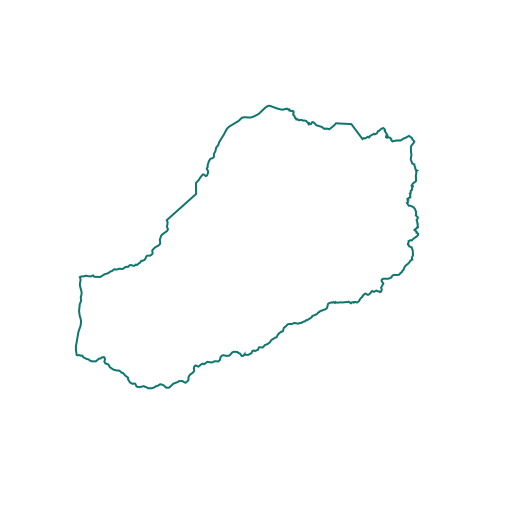 the district of Guro, Manica, Mozambique, rotated 219°
{"feature_id": "85939544B86319968156717", "entity_name": "Guro", "entity_type": "district", "adm_level": 2, "iso_a3": "MOZ", "parent_name": "Mozambique", "parent_adm1": "Manica", "projection": "natural_earth1", "projection_center": [33.489, -16.954], "detail": "fine", "context": "isolated", "style": "outline", "palette": "teal", "viewbox_px": 512, "rotation_deg": 219, "n_neighbors": 0, "source": "geoboundaries", "source_scale": "gbopen_adm2", "svg_char_len": 6104}
<svg xmlns="http://www.w3.org/2000/svg" viewBox="0 0 512 512"><g transform="rotate(219 256 256)"><path d="M209.0,445.8L212.7,445.6L214.3,441.6L215.1,440.5L216.3,436.8L217.0,436.1L217.6,436.0L218.3,434.9L219.2,434.6L222.1,430.9L223.9,431.2L224.3,432.0L226.3,432.3L227.9,431.3L228.4,431.6L228.6,430.4L229.6,430.1L230.3,431.0L230.3,432.7L234.8,434.3L234.8,434.9L235.4,435.4L237.5,435.6L238.7,433.7L239.2,430.3L239.8,429.6L239.2,427.7L240.2,425.3L241.2,425.2L243.0,420.8L242.7,420.2L242.8,419.2L244.2,418.9L245.0,416.4L245.9,415.5L246.5,415.3L246.8,413.9L264.9,418.5L277.3,409.5L277.6,405.7L278.8,400.6L280.4,400.1L281.1,399.3L282.0,399.0L282.8,397.8L286.2,397.7L291.4,395.6L295.0,396.1L296.1,395.8L296.6,395.1L296.3,393.4L297.8,391.4L298.5,391.8L298.7,392.6L299.9,392.1L302.0,392.5L303.8,391.7L304.6,390.8L306.4,390.4L308.1,388.5L309.3,388.5L309.8,387.9L310.4,388.1L310.8,387.5L312.0,388.1L312.6,387.9L314.2,389.0L316.0,389.2L316.4,390.1L317.0,390.4L317.3,391.6L318.7,392.0L320.5,390.4L321.4,390.6L321.8,390.1L322.7,390.8L323.3,390.2L324.7,390.0L324.8,389.3L325.8,388.7L326.9,386.9L328.5,385.7L332.5,383.9L339.8,381.4L341.1,380.2L342.1,377.4L343.3,368.1L345.5,363.0L347.5,360.0L352.5,356.4L354.0,354.5L354.5,350.1L358.1,340.2L358.6,337.6L358.6,336.2L357.5,330.7L356.3,321.5L355.1,318.2L355.2,315.3L353.5,311.8L352.9,308.7L351.4,307.0L351.0,306.0L351.3,304.8L352.5,303.0L352.5,301.6L352.2,299.9L350.8,296.3L349.5,294.7L349.4,293.2L349.1,292.7L347.7,292.3L346.1,291.3L344.9,288.5L344.9,287.2L345.4,286.5L347.8,286.5L348.4,286.2L348.7,285.4L348.7,281.7L348.3,279.5L348.6,274.9L341.6,266.5L347.9,227.7L345.8,226.5L343.5,222.6L341.6,221.6L341.0,220.8L340.9,219.3L342.5,213.4L342.4,212.0L341.0,208.1L338.7,205.9L338.2,204.9L338.3,202.9L339.8,199.4L340.2,195.8L339.9,194.7L338.4,193.5L337.8,192.3L338.4,189.8L340.8,187.7L341.0,186.6L340.2,184.1L340.3,182.5L341.2,180.8L342.1,180.1L341.9,177.8L342.4,176.7L342.7,174.5L342.9,174.1L343.9,173.8L344.3,172.0L344.9,171.3L346.9,170.6L348.1,169.7L348.4,169.0L348.6,167.0L349.9,166.1L350.8,164.6L351.0,163.0L352.2,161.3L353.9,160.5L355.9,157.6L357.9,156.4L358.4,153.9L359.4,152.2L360.1,149.6L362.2,146.5L363.8,141.7L368.6,138.1L370.4,138.4L371.4,136.3L373.7,134.7L376.0,133.5L377.0,131.7L378.6,130.6L379.6,128.7L378.3,128.0L377.0,126.6L375.4,123.6L374.1,122.1L369.0,118.3L368.2,117.4L367.1,115.8L366.3,113.7L363.8,111.3L362.6,107.6L358.9,101.9L355.4,98.6L352.7,96.8L351.1,95.4L348.7,92.0L346.2,85.2L339.0,72.3L336.5,69.3L333.0,66.2L331.9,66.7L331.1,67.7L329.5,68.2L328.6,69.1L328.1,69.2L326.9,68.7L325.1,68.9L322.8,69.4L320.9,70.3L319.4,70.2L317.5,70.7L314.2,73.3L313.4,77.5L312.4,78.4L312.0,80.1L310.6,81.7L310.1,81.8L308.4,80.8L307.3,78.4L305.6,77.7L302.5,78.8L299.5,77.6L295.2,78.0L291.9,79.5L290.7,80.6L288.5,81.0L287.4,80.7L285.4,81.4L282.5,80.8L278.8,80.9L277.9,79.7L274.4,78.4L271.6,78.9L270.3,80.3L269.4,80.7L267.0,79.5L265.8,79.6L265.0,80.3L264.0,80.7L261.3,84.3L260.0,84.4L258.7,85.0L256.3,85.4L255.0,86.8L254.2,87.1L252.2,90.1L251.9,91.7L250.6,93.5L249.8,96.0L247.8,97.0L245.8,97.4L243.1,97.1L241.0,98.6L240.5,99.8L239.9,104.7L237.4,109.0L237.1,110.3L234.5,112.5L231.9,112.8L231.0,113.2L230.8,113.9L230.4,116.5L230.7,117.5L232.1,119.1L232.5,120.9L232.5,122.6L231.8,125.1L231.6,127.1L231.8,127.9L233.5,129.4L234.0,130.3L234.4,131.7L234.1,132.9L231.1,133.8L230.3,137.6L229.6,138.8L228.3,139.2L227.2,143.1L223.8,145.1L222.9,146.0L221.9,148.2L219.0,150.3L218.6,152.4L219.8,154.8L219.9,156.8L219.0,158.4L216.2,159.7L214.3,161.4L213.9,162.5L213.8,166.0L213.0,167.6L210.0,169.7L208.6,169.5L207.4,170.1L206.6,170.0L204.7,169.4L203.8,169.5L203.1,170.4L203.1,172.2L202.9,171.9L199.8,174.3L198.4,177.7L199.0,179.4L198.8,180.4L198.4,181.1L197.0,181.5L195.4,184.4L196.1,186.2L196.1,187.0L193.2,189.2L193.0,192.5L191.6,194.8L190.9,197.7L191.2,200.2L189.7,204.6L188.9,205.6L189.5,208.6L189.4,211.0L188.6,212.7L188.8,213.0L188.1,213.9L187.8,214.7L189.1,217.5L189.0,218.8L188.5,220.0L188.4,222.8L187.3,224.2L185.5,225.5L184.0,228.2L180.6,229.9L180.0,231.2L178.6,232.6L178.2,234.1L176.7,236.4L176.7,237.4L175.7,238.8L174.2,243.2L174.5,245.0L173.6,246.2L172.1,249.3L172.0,251.6L171.5,252.4L171.4,253.8L170.4,255.0L170.0,256.2L168.8,257.6L168.2,259.3L168.1,260.0L168.5,261.3L169.8,263.9L169.8,264.5L169.1,266.1L168.3,267.2L167.4,267.7L167.0,268.8L165.2,269.1L165.3,270.2L164.3,270.3L162.5,271.7L160.9,273.5L159.7,274.1L156.7,277.2L155.8,277.7L155.3,278.8L152.5,279.0L152.5,279.8L152.1,280.7L150.7,281.2L150.8,282.1L149.7,282.9L148.4,283.2L147.6,285.2L148.0,288.1L147.9,290.6L147.6,291.4L148.1,292.5L147.6,295.3L147.1,295.7L144.8,296.1L144.3,296.6L143.9,297.6L143.7,299.8L143.9,300.9L143.7,301.9L141.8,302.3L140.8,304.8L138.9,305.3L138.3,305.9L136.8,306.0L136.4,307.1L137.1,309.1L138.9,310.1L139.7,314.7L142.7,315.6L143.2,316.3L143.3,317.5L142.2,319.0L139.6,320.9L138.1,322.8L137.4,324.2L137.6,326.7L137.1,327.9L133.9,330.5L132.9,331.8L133.0,333.8L132.5,335.4L132.9,336.7L132.7,338.5L133.4,340.0L133.7,342.4L133.0,345.6L132.8,347.6L133.1,349.4L132.6,350.7L132.8,351.3L132.4,351.7L133.8,352.8L134.5,355.4L137.9,359.2L139.5,359.9L140.5,360.7L143.0,359.9L144.5,360.7L145.1,360.5L145.8,361.5L146.1,363.1L146.8,363.6L146.0,365.4L144.6,366.3L144.7,367.6L143.9,371.0L143.4,372.1L143.3,374.4L144.0,375.4L145.9,375.1L146.0,375.7L146.6,376.0L149.2,375.9L149.2,377.0L148.7,377.9L148.8,379.5L148.3,379.8L148.2,380.2L150.0,381.9L150.3,382.6L150.8,382.6L151.7,383.6L153.9,385.1L154.0,386.9L154.5,387.9L157.3,388.1L157.6,389.0L158.4,389.7L159.4,391.1L162.5,392.7L164.7,393.0L167.7,392.2L168.9,391.2L172.1,392.2L171.8,393.5L173.4,394.8L173.0,395.5L174.2,395.8L173.7,397.6L173.1,398.3L173.1,399.0L174.3,399.8L174.9,401.4L175.7,401.4L175.8,402.9L176.8,404.2L176.4,405.6L177.7,407.3L177.9,408.8L179.1,408.4L179.5,408.7L179.2,409.6L179.6,410.2L179.7,411.1L178.9,414.2L178.9,415.1L181.0,417.5L181.2,418.0L182.0,418.5L184.0,422.0L184.7,422.3L184.9,423.1L184.6,423.8L185.9,423.6L187.0,423.9L187.9,424.9L189.9,426.0L190.5,426.8L192.7,426.2L196.6,428.5L198.9,432.5L201.2,434.6L204.3,438.3L204.7,439.6L204.7,443.3L205.0,444.6L207.9,445.1L209.0,445.8Z" fill="none" stroke="#0f766e" stroke-width="2"/></g></svg>